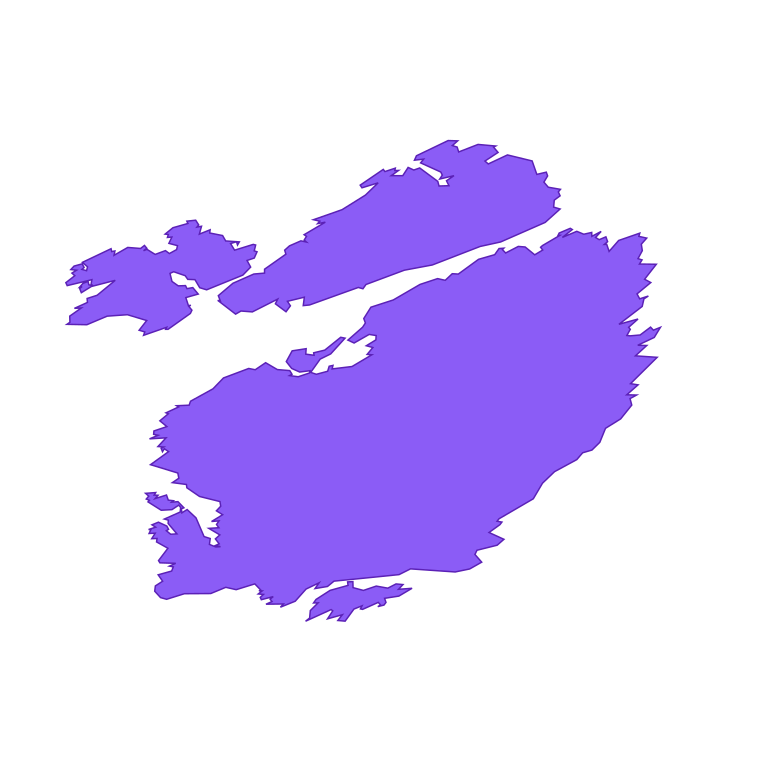 the district of Kristiansund nor, Møre og Romsdal, Norway, rotated 346°
{"feature_id": "86288312B88311782618273", "entity_name": "Kristiansund nor", "entity_type": "district", "adm_level": 2, "iso_a3": "NOR", "parent_name": "Norway", "parent_adm1": "Møre og Romsdal", "projection": "robinson", "projection_center": [7.776, 63.078], "detail": "fine", "context": "isolated", "style": "filled", "palette": "violet", "viewbox_px": 768, "rotation_deg": 346, "n_neighbors": 0, "source": "geoboundaries", "source_scale": "gbopen_adm2", "svg_char_len": 6170}
<svg xmlns="http://www.w3.org/2000/svg" viewBox="0 0 768 768"><g transform="rotate(346 384 384)"><path d="M533.1,281.2L528.4,280.4L522.7,285.3L505.9,285.9L482.7,295.3L476.9,293.5L468.5,298.2L461.5,294.7L443.0,296.1L413.3,304.7L389.9,306.3L380.2,315.6L380.7,320.3L377.0,323.7L359.6,332.7L364.9,337.0L381.6,332.3L388.1,335.1L386.8,339.2L376.1,342.6L382.0,345.9L374.8,351.2L379.3,352.7L357.2,359.3L337.3,356.8L339.0,353.6L335.1,353.5L332.4,358.0L320.7,358.2L315.7,355.0L328.1,344.4L339.6,341.9L357.3,330.1L353.3,328.2L334.7,336.8L323.3,336.7L323.1,339.2L315.3,336.1L317.0,330.9L302.9,329.6L294.6,338.6L298.2,346.6L305.1,352.0L315.4,353.2L314.3,355.3L302.5,356.2L294.4,353.0L297.1,352.3L295.8,348.2L284.0,344.2L274.3,334.7L262.5,339.0L256.5,336.2L229.7,339.3L216.9,347.3L192.1,353.9L189.8,357.4L177.5,354.9L179.1,356.6L165.5,359.2L167.5,360.7L157.6,365.5L163.0,372.8L149.4,373.9L148.3,377.1L152.4,379.1L143.2,380.5L159.5,383.5L149.5,390.0L155.0,391.8L152.2,392.5L152.7,396.1L155.2,393.7L158.6,397.5L137.9,405.8L162.4,420.5L162.1,425.8L154.8,428.5L168.0,433.7L167.6,437.0L177.8,448.5L196.4,458.4L196.0,463.1L190.7,466.5L195.8,471.8L183.4,475.7L190.8,476.9L187.5,479.8L189.0,483.5L179.1,481.7L188.2,490.7L182.9,493.5L185.4,499.2L181.5,499.9L186.0,502.3L181.3,501.4L175.8,497.4L178.0,491.9L172.5,488.5L169.2,468.4L162.6,458.2L156.7,460.1L157.2,456.1L159.9,455.7L155.6,448.3L149.4,447.3L151.4,446.3L146.6,444.5L146.1,439.1L134.2,439.8L137.8,437.3L134.1,436.2L136.2,434.1L126.2,432.4L128.6,435.9L125.5,438.1L128.2,440.1L126.5,441.3L137.3,452.6L147.9,454.6L155.5,451.9L156.8,454.6L155.3,458.9L138.2,461.9L141.8,463.9L140.8,467.1L146.8,479.3L140.7,478.2L137.3,473.7L139.8,472.9L138.9,469.3L131.7,463.5L124.8,464.5L127.8,467.7L120.4,468.2L122.5,469.0L119.9,472.2L125.9,473.4L121.2,477.9L126.4,479.0L125.1,482.2L134.6,491.1L122.5,500.8L123.3,503.3L138.5,507.6L131.7,508.8L135.3,510.5L132.7,514.1L118.7,514.5L121.5,521.8L113.3,524.6L111.4,529.6L115.5,537.2L121.0,540.3L139.6,539.2L165.2,545.4L181.3,543.0L190.8,547.8L210.3,546.7L214.6,554.2L212.6,554.4L215.7,555.3L211.2,557.3L216.1,559.0L212.3,561.1L212.8,563.6L225.1,563.5L221.4,565.2L222.7,568.0L216.2,569.1L233.2,573.1L229.5,575.5L245.3,573.3L258.8,564.1L272.9,561.2L267.6,565.8L280.2,566.8L287.8,563.2L352.5,572.6L365.0,569.8L407.6,583.6L422.4,584.2L435.7,580.5L431.0,571.4L434.0,567.8L454.8,567.8L462.8,563.7L450.0,553.5L462.5,548.5L465.0,546.5L460.5,544.5L463.0,542.6L501.1,531.5L513.8,518.6L528.3,510.3L552.8,504.0L560.1,498.8L569.8,498.4L579.3,492.8L588.2,480.6L605.2,475.1L619.3,464.4L619.2,457.7L626.4,455.8L616.9,453.2L630.3,446.3L623.3,443.3L655.5,424.2L634.8,417.5L648.3,410.2L639.6,407.8L657.5,404.2L665.9,395.9L658.4,396.9L656.4,393.3L644.4,398.4L634.4,396.8L631.4,395.7L636.2,390.5L635.1,388.2L646.2,382.4L626.4,382.9L653.3,371.2L656.8,364.3L661.8,362.6L652.7,363.2L651.3,357.8L667.4,350.1L662.2,345.4L677.2,333.7L660.9,329.4L664.4,326.0L660.8,323.8L666.9,317.1L667.5,310.6L674.2,306.0L667.0,302.4L668.7,299.5L646.4,301.5L634.5,309.8L633.9,302.4L631.6,301.9L635.4,300.0L634.9,294.9L627.7,296.0L624.7,293.0L631.6,288.5L621.4,291.0L622.2,287.2L614.1,287.0L608.0,282.5L592.5,284.9L604.1,279.7L602.4,278.0L590.5,279.9L588.9,281.8L590.6,282.3L571.3,288.0L569.0,289.2L570.4,292.4L561.5,295.1L554.1,285.2L547.6,283.0L533.7,286.3L531.4,282.2L533.1,281.2ZM505.1,163.3L470.7,170.4L467.7,174.2L476.9,175.4L473.0,178.3L490.4,192.1L491.1,195.4L487.7,198.6L502.3,198.8L493.8,201.9L495.0,207.3L485.3,205.2L485.2,200.4L470.9,183.0L464.7,183.6L459.8,179.7L452.6,186.4L441.5,183.6L449.8,180.3L446.1,179.5L447.2,177.3L436.3,178.1L435.2,175.6L409.0,185.3L410.1,188.3L427.0,187.4L411.7,196.2L385.5,204.7L355.3,207.5L361.1,210.5L358.4,212.3L366.2,212.8L342.6,219.8L344.5,222.0L341.4,225.0L343.1,227.5L338.0,225.0L325.7,227.1L320.0,230.1L320.2,234.3L295.9,243.7L294.9,247.5L284.3,245.8L261.8,249.7L244.6,258.2L245.3,263.8L242.9,262.6L256.9,280.3L262.9,278.6L273.7,282.2L301.4,275.9L298.0,279.9L306.4,290.2L312.1,285.5L310.3,280.4L327.7,280.5L324.6,288.4L330.9,289.3L382.4,284.1L386.6,286.5L390.6,283.1L431.3,278.5L459.7,280.2L510.6,273.8L531.5,274.4L579.5,266.2L597.2,256.8L591.4,253.4L593.7,246.8L600.4,244.0L599.6,239.8L602.3,237.8L591.0,232.8L588.0,226.8L593.1,221.7L592.7,217.7L583.0,217.6L581.7,203.4L559.2,191.6L538.4,195.7L535.9,192.1L550.7,186.9L547.6,180.7L549.9,180.1L533.2,174.3L512.6,176.9L512.3,171.8L508.0,169.2L514.3,165.9L505.1,163.3ZM240.9,179.5L232.1,178.3L232.6,180.8L217.0,181.3L207.9,185.6L210.9,186.8L209.3,189.4L213.7,190.1L209.3,195.5L217.1,199.8L215.3,203.4L207.3,205.5L204.2,201.7L193.3,202.9L186.6,196.0L182.9,196.5L186.7,194.9L185.1,191.6L180.6,193.6L168.4,189.5L153.2,193.8L155.1,189.8L151.8,189.6L151.9,186.7L120.8,193.0L124.7,198.6L122.8,202.1L118.6,199.7L121.2,198.4L120.2,194.4L111.8,194.6L107.8,197.2L113.2,199.2L108.0,200.9L110.2,204.1L99.8,208.7L100.4,211.9L125.8,212.1L123.9,216.4L125.7,218.5L121.6,216.3L121.7,212.9L116.3,213.5L112.1,216.4L114.6,216.4L111.8,217.8L112.4,222.2L123.6,218.6L148.3,218.4L127.1,228.5L116.6,229.2L116.0,233.1L101.9,235.7L108.7,237.0L95.5,242.1L94.2,248.1L90.8,249.4L110.0,254.6L131.8,251.2L151.8,254.7L169.1,265.0L159.4,272.6L164.5,275.6L162.5,278.6L186.8,276.4L185.3,278.1L187.7,278.7L213.2,268.7L215.5,265.9L213.4,261.5L215.6,260.8L213.2,260.7L212.6,252.2L225.5,251.8L221.8,244.2L215.9,243.8L215.2,240.5L208.1,239.0L203.1,233.2L203.1,224.9L207.1,224.2L217.3,230.8L218.9,235.0L225.8,237.0L228.5,246.0L234.7,249.7L273.4,244.2L282.9,238.3L281.0,231.0L288.6,230.4L292.8,225.0L290.3,223.4L293.1,218.1L290.9,216.9L271.4,218.0L269.1,210.6L275.3,210.3L275.5,213.7L278.0,211.1L265.0,206.9L263.3,200.9L251.4,195.3L252.6,192.3L241.1,193.9L245.1,186.8L240.5,186.5L242.7,184.8L240.9,179.5ZM304.7,574.1L306.0,568.2L300.8,567.2L300.4,570.7L281.8,571.2L265.9,576.6L262.7,579.4L267.1,580.4L257.7,586.0L255.2,593.1L250.5,595.2L278.1,590.1L279.4,591.7L272.4,598.2L287.8,597.8L282.0,602.3L288.9,604.7L300.4,595.1L309.0,593.9L306.7,596.5L308.7,597.5L325.6,594.5L327.2,597.6L324.1,598.5L330.5,598.5L333.1,596.4L332.7,592.1L347.1,593.4L361.8,589.0L348.4,586.7L353.9,583.2L347.3,580.9L338.3,583.0L327.6,578.2L314.1,579.3L304.7,574.1Z" fill="#8b5cf6" stroke="#5b21b6" stroke-width="1.5"/></g></svg>